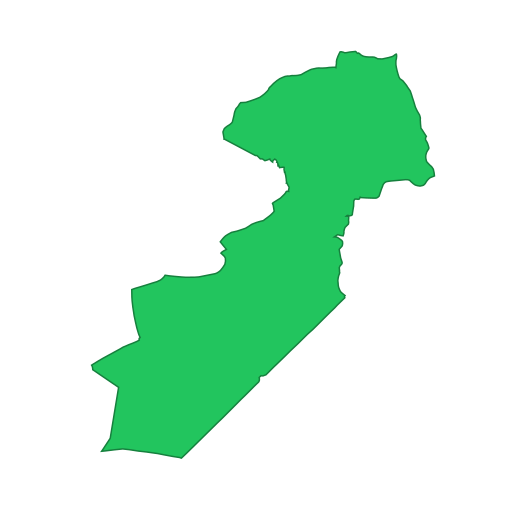 outline of 3e Arrondissement, Analamanga, Madagascar, rotated 258°
{"feature_id": "10022922B59270450060951", "entity_name": "3e Arrondissement", "entity_type": "district", "adm_level": 2, "iso_a3": "MDG", "parent_name": "Madagascar", "parent_adm1": "Analamanga", "projection": "robinson", "projection_center": [47.533, -18.895], "detail": "fine", "context": "isolated", "style": "filled", "palette": "green", "viewbox_px": 512, "rotation_deg": 258, "n_neighbors": 0, "source": "geoboundaries", "source_scale": "gbopen_adm2", "svg_char_len": 6139}
<svg xmlns="http://www.w3.org/2000/svg" viewBox="0 0 512 512"><g transform="rotate(258 256 256)"><path d="M297.2,447.2L300.4,447.5L302.9,447.5L304.0,447.5L306.1,446.7L307.1,446.2L308.8,444.9L311.1,443.5L312.9,442.5L315.6,442.4L316.9,442.5L318.3,442.8L319.4,443.1L321.3,444.1L322.3,444.7L323.7,446.0L324.9,447.2L325.2,447.4L325.9,447.6L327.7,447.5L329.7,447.3L331.0,447.1L332.8,446.6L334.2,446.0L335.3,446.2L336.2,446.4L337.1,447.0L337.6,447.5L338.8,447.0L345.2,444.6L346.7,443.9L351.2,444.4L353.6,444.8L355.2,445.0L356.1,445.3L357.3,445.5L358.6,445.4L359.9,445.3L364.1,443.9L366.1,443.4L368.2,442.9L370.3,442.7L373.0,442.5L376.1,442.2L378.8,441.9L381.2,441.7L385.3,441.2L390.1,439.2L391.4,438.8L396.0,436.5L396.9,436.0L398.5,434.5L399.5,433.6L401.5,433.0L404.6,432.7L408.2,432.5L411.2,432.5L413.9,432.6L416.5,433.1L418.3,433.6L420.0,434.4L422.2,435.1L423.7,435.3L424.2,435.3L424.4,435.1L423.9,433.7L423.7,433.1L423.3,432.6L422.8,430.9L422.7,429.9L422.5,426.8L422.5,422.3L422.5,420.4L422.9,418.8L423.6,416.0L424.6,414.9L425.8,413.2L426.3,411.8L427.0,408.4L427.9,405.3L428.8,403.1L429.5,402.0L430.6,400.7L432.2,399.5L433.2,398.6L433.2,397.3L435.1,396.2L435.4,395.9L436.0,390.3L436.1,387.0L436.3,385.0L437.0,384.1L438.0,382.0L438.2,380.7L436.5,379.3L434.2,377.6L431.3,375.8L429.2,375.0L427.9,374.8L424.6,373.6L423.6,373.3L424.3,372.2L424.7,369.9L425.2,366.7L425.4,363.8L426.0,360.0L426.9,356.1L427.1,354.3L427.1,351.7L427.1,349.4L427.0,348.5L426.8,347.4L425.5,342.5L424.6,339.7L424.0,337.9L424.0,336.6L424.0,334.7L424.2,332.7L424.7,329.9L425.0,328.8L425.1,325.9L425.5,324.2L425.6,321.7L425.3,320.0L425.2,319.4L424.5,316.2L423.2,313.0L421.1,309.0L418.8,305.6L418.2,304.5L417.3,303.5L416.2,302.9L414.9,301.3L412.8,298.0L411.2,294.6L410.4,292.7L409.5,287.7L408.9,283.0L408.4,278.1L409.2,272.9L408.0,271.3L406.9,270.4L405.7,269.1L404.3,267.1L401.7,265.3L400.1,264.5L398.1,263.7L391.9,260.7L391.1,259.7L390.0,257.7L389.0,254.9L387.9,252.6L387.0,251.3L386.3,250.9L384.5,249.6L383.6,249.4L377.9,249.2L376.9,249.0L376.8,249.5L354.4,276.3L354.0,277.9L352.5,278.9L350.1,280.4L349.6,282.5L347.4,284.5L347.5,286.6L348.0,289.7L346.8,289.9L345.0,291.2L344.4,291.8L344.8,291.9L345.9,292.5L346.3,293.5L346.9,294.5L346.2,295.2L345.6,295.7L345.0,295.9L343.7,296.2L343.3,295.8L342.9,296.4L340.2,296.8L340.3,296.3L339.5,296.3L339.6,297.0L338.1,297.3L337.5,297.4L337.5,298.3L337.2,301.1L336.8,302.0L334.9,301.4L331.9,301.3L331.9,301.8L331.3,301.7L329.7,301.7L328.4,301.8L327.4,301.7L325.6,301.6L324.3,301.5L323.3,301.3L323.0,301.3L322.4,301.3L321.7,301.3L321.3,301.0L321.0,300.8L320.8,301.2L320.6,301.6L319.5,301.7L317.7,302.3L316.5,302.6L316.0,302.6L314.3,301.8L313.4,301.4L312.4,301.4L312.6,300.9L312.9,299.4L312.6,298.8L311.8,298.2L310.6,296.8L307.5,291.9L304.5,283.7L303.9,283.0L302.3,283.4L296.3,283.1L296.1,283.2L295.4,282.4L294.6,281.3L293.6,279.7L293.2,279.1L292.4,277.6L291.1,274.8L290.1,272.6L289.1,270.5L289.0,267.1L288.7,263.3L288.2,260.1L287.8,258.1L287.3,257.0L286.4,254.7L285.3,251.5L285.0,249.1L284.6,245.5L284.3,242.6L284.2,237.0L282.9,232.7L282.0,230.4L281.0,228.7L279.7,226.9L277.3,224.0L273.3,226.0L270.4,227.5L268.6,228.4L267.7,225.4L267.0,223.6L266.1,222.3L262.3,224.9L260.4,225.6L257.3,225.1L254.3,223.8L251.6,221.1L249.2,218.2L248.1,216.0L247.4,213.8L247.2,212.2L247.4,195.9L248.0,191.6L249.8,182.8L250.9,178.9L252.9,172.4L254.6,167.1L256.1,163.1L254.8,161.8L253.3,159.5L252.3,157.5L251.8,155.1L251.5,154.0L251.1,149.1L250.5,143.2L249.9,136.4L249.5,131.1L249.0,127.5L241.8,126.1L237.8,125.5L231.5,124.9L226.0,124.6L223.2,124.4L216.0,124.4L210.4,124.5L205.2,124.9L203.4,125.1L200.3,125.7L199.8,124.7L199.2,124.4L198.4,124.3L198.0,124.3L197.3,122.1L197.0,120.7L196.3,117.1L195.7,113.2L194.9,109.4L194.5,107.1L193.4,103.9L187.8,85.1L186.0,79.7L184.0,74.1L183.4,72.5L182.0,72.9L180.5,72.9L178.7,72.7L156.1,94.3L108.0,75.5L98.7,66.1L97.1,64.4L96.7,68.0L95.9,77.2L95.0,85.5L92.9,91.9L89.8,100.0L87.0,108.4L85.0,113.8L83.2,118.8L80.7,124.6L77.2,133.0L74.7,139.6L74.4,139.9L73.8,141.0L77.3,146.7L89.9,166.5L100.4,182.9L104.7,189.8L108.8,196.1L112.9,202.4L116.7,208.2L119.0,211.7L121.6,215.9L125.1,221.3L128.2,226.0L130.5,229.6L131.7,231.6L132.4,232.6L133.6,233.4L134.4,233.6L134.7,233.7L135.5,233.8L135.8,233.8L136.5,233.8L137.9,236.0L137.6,236.6L137.4,237.5L137.3,238.4L137.5,239.2L137.6,240.1L137.7,241.0L144.0,250.7L145.5,253.2L151.4,262.6L152.8,264.8L156.1,269.9L158.3,273.5L161.8,279.2L164.0,282.6L168.7,289.9L172.4,296.4L177.1,303.7L181.2,310.0L185.5,316.7L188.9,322.2L190.9,325.0L196.7,334.2L197.4,334.1L197.9,334.1L198.3,334.3L198.8,334.9L199.6,334.2L202.8,331.7L204.4,331.0L207.4,330.4L209.1,330.3L210.6,330.4L212.7,330.7L213.9,330.8L215.2,331.0L216.3,331.4L217.4,331.8L219.4,332.7L221.3,333.9L222.2,334.4L223.3,334.4L224.6,334.7L226.5,334.9L227.3,335.0L228.0,335.5L229.0,336.3L229.8,337.6L230.3,338.2L231.0,338.7L232.0,338.9L236.4,338.4L239.2,338.5L242.4,338.6L244.6,338.7L245.2,338.8L245.5,339.1L247.6,342.0L248.0,342.4L248.5,342.7L249.5,343.1L250.4,343.4L252.1,343.6L253.4,343.1L254.9,341.8L257.1,339.7L257.7,338.6L258.1,337.8L258.4,336.7L259.9,340.3L258.3,343.4L257.6,345.4L259.0,346.2L260.3,346.8L261.9,347.1L263.8,348.0L265.4,349.0L266.8,351.1L268.0,353.0L269.4,353.6L270.5,353.8L271.7,353.9L272.8,354.3L275.2,354.9L275.5,354.6L275.9,353.8L276.1,353.2L276.2,352.6L276.6,353.2L276.7,354.0L276.5,354.7L275.9,355.1L275.8,357.4L275.9,357.9L276.2,358.6L276.7,358.9L277.7,359.2L283.4,361.4L284.3,361.8L285.5,362.1L287.1,362.5L288.3,362.8L289.2,363.0L290.0,363.4L290.7,364.1L291.1,364.6L290.7,366.4L290.2,367.7L290.3,369.0L291.9,370.1L291.3,370.9L289.9,376.0L288.9,380.0L287.9,384.2L287.7,385.3L287.7,386.2L288.2,387.6L288.9,388.8L292.6,391.0L295.8,392.9L297.7,394.2L299.4,395.2L300.3,396.2L300.9,397.0L301.4,398.2L301.6,399.4L301.5,400.7L301.5,401.3L301.3,403.8L301.0,406.2L300.6,409.4L300.0,414.5L299.6,418.1L299.1,420.1L298.9,420.7L297.9,422.3L297.1,422.6L294.0,424.9L292.6,426.2L292.1,426.9L291.2,428.6L290.4,430.7L290.3,431.1L290.3,433.3L290.4,434.3L290.7,435.1L291.2,435.9L291.7,436.6L293.0,437.8L294.4,439.3L295.5,440.9L296.2,442.1L296.6,443.6L296.9,445.6L297.2,447.2Z" fill="#22c55e" stroke="#15803d" stroke-width="1.5"/></g></svg>